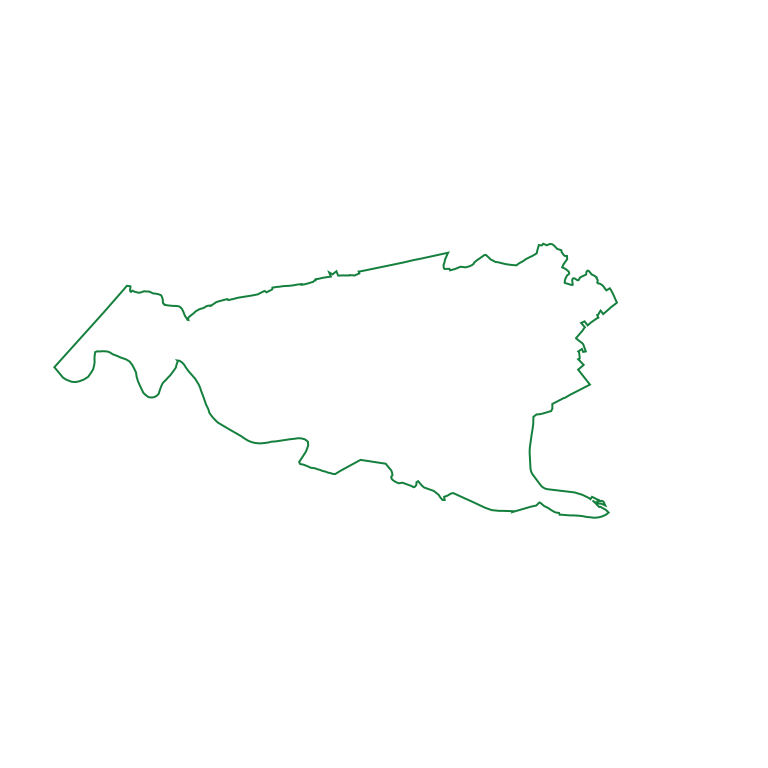 Amatitlán, Veracruz, Mexico (Robinson projection), rotated 137°
{"feature_id": "50627088B91579254282686", "entity_name": "Amatitlán", "entity_type": "district", "adm_level": 2, "iso_a3": "MEX", "parent_name": "Mexico", "parent_adm1": "Veracruz", "projection": "robinson", "projection_center": [-95.694, 18.438], "detail": "fine", "context": "isolated", "style": "outline", "palette": "green", "viewbox_px": 768, "rotation_deg": 137, "n_neighbors": 0, "source": "geoboundaries", "source_scale": "gbopen_adm2", "svg_char_len": 6166}
<svg xmlns="http://www.w3.org/2000/svg" viewBox="0 0 768 768"><g transform="rotate(137 384 384)"><path d="M153.6,300.0L157.5,300.8L157.3,303.9L157.1,304.1L156.9,307.2L157.6,309.8L158.1,310.8L158.8,311.5L158.9,312.7L156.9,314.1L156.1,317.2L155.8,317.2L156.3,319.8L157.4,322.3L157.1,326.7L157.6,327.9L157.8,328.1L159.1,328.1L161.6,326.2L167.7,328.2L168.6,328.0L170.7,327.3L171.5,327.6L172.1,329.0L172.3,330.4L172.7,331.4L173.6,332.3L174.5,332.2L175.5,331.7L177.0,329.6L178.3,327.9L179.0,328.1L180.3,330.2L180.7,331.0L182.8,334.5L182.7,334.9L182.3,335.4L181.1,336.3L179.6,337.3L175.9,338.6L174.5,338.3L173.9,338.3L173.1,338.5L172.2,340.4L172.3,340.9L172.8,344.4L174.1,347.8L171.1,349.1L166.3,350.1L165.0,350.3L162.9,352.8L164.4,354.3L164.6,356.3L164.1,359.4L163.1,360.9L165.2,364.7L165.2,369.6L165.8,371.7L167.3,373.4L170.3,374.4L171.9,378.0L174.0,377.7L176.0,380.0L180.8,377.1L183.2,375.4L188.3,376.5L190.0,377.1L195.2,378.6L198.0,378.9L203.1,380.2L206.1,380.4L209.3,383.8L213.2,388.6L217.8,395.6L219.2,397.1L220.5,401.0L221.1,402.4L221.1,404.5L221.4,408.7L222.4,409.8L224.5,410.1L229.8,410.8L231.2,411.1L235.2,411.3L236.2,410.8L238.4,410.9L241.9,412.1L243.0,412.7L244.9,413.8L248.1,417.6L253.5,419.6L258.1,422.0L257.6,423.6L261.3,426.9L261.0,428.3L259.4,430.3L256.0,432.2L254.5,433.4L248.9,435.8L247.6,436.3L272.7,451.2L277.6,454.3L287.2,459.8L299.4,467.2L323.2,481.7L325.8,483.5L326.6,481.7L331.5,483.4L332.5,484.5L332.9,485.1L333.8,485.8L334.8,487.1L335.4,487.1L340.4,491.8L343.6,494.5L341.9,498.9L346.9,499.3L348.0,503.0L349.6,498.8L356.6,503.6L359.7,505.3L362.6,507.3L363.0,507.3L363.4,506.5L364.5,507.0L366.4,507.1L368.0,508.0L370.6,509.2L374.7,511.4L376.6,512.9L376.1,513.2L379.2,515.6L383.2,518.1L386.9,520.9L391.1,524.4L395.0,527.1L396.3,528.3L397.7,529.0L398.2,529.5L398.7,529.7L399.2,530.2L399.9,530.6L401.3,529.4L407.4,531.2L407.5,532.0L408.0,533.6L413.9,535.3L414.4,535.3L415.4,535.8L419.2,538.1L432.0,546.7L436.3,549.0L439.5,550.9L440.7,551.7L440.7,553.0L448.7,557.3L451.0,558.3L457.2,559.2L457.8,559.5L457.6,559.9L457.8,560.0L459.1,561.1L460.8,562.0L464.1,562.6L466.3,563.8L468.3,564.7L469.9,565.0L471.1,565.4L472.9,565.6L474.3,565.5L480.5,566.0L482.5,565.8L483.4,564.2L484.0,565.1L483.6,566.2L483.1,569.6L482.6,570.9L481.5,573.6L480.5,576.9L480.5,577.9L480.7,579.7L481.1,580.8L482.5,582.5L485.4,585.4L488.3,588.7L489.4,590.1L490.0,591.1L490.5,591.4L490.5,591.9L490.3,592.3L490.5,592.7L490.5,593.7L489.8,594.8L489.0,595.6L487.7,597.5L486.6,600.4L486.6,601.2L487.4,602.9L488.4,604.5L490.3,606.9L491.0,607.6L491.3,608.2L491.8,609.8L492.3,610.7L492.7,611.8L493.7,612.7L496.3,615.5L499.1,616.7L499.5,617.0L501.2,618.0L503.6,621.8L504.3,623.8L505.2,624.0L506.2,623.9L506.3,624.7L505.7,625.9L503.0,628.1L502.9,628.6L505.1,631.2L509.1,630.7L540.3,627.5L612.6,621.2L613.6,621.1L614.4,607.7L613.5,604.0L612.3,601.5L611.0,598.8L609.1,596.6L607.1,595.0L604.3,593.5L600.3,591.9L595.5,591.0L589.9,592.2L586.6,593.2L583.3,595.3L580.7,597.4L577.8,600.7L576.0,602.3L573.4,604.3L571.4,603.5L570.2,602.1L567.0,599.5L565.1,597.5L563.9,596.0L562.9,593.9L562.1,590.7L559.9,586.3L558.9,583.7L555.8,577.8L554.7,573.8L555.1,569.8L556.1,566.0L557.5,561.5L559.8,558.3L562.0,553.9L563.6,549.4L566.0,541.7L565.9,538.7L565.2,535.0L563.3,532.7L561.0,531.1L558.5,530.4L555.5,530.5L552.9,532.0L550.2,533.4L548.2,534.4L545.1,535.6L541.5,535.7L537.7,536.0L534.6,536.1L528.9,537.1L525.0,538.0L522.6,539.6L519.3,541.3L519.2,542.2L518.9,541.8L518.5,541.4L517.7,540.4L517.0,537.4L517.0,534.3L517.6,531.5L518.0,528.3L518.2,526.9L518.5,516.8L519.7,510.8L520.1,509.2L521.1,506.5L522.4,503.8L525.3,496.7L528.0,490.8L529.7,485.3L531.4,481.9L532.0,476.9L532.0,471.7L531.7,468.7L528.5,457.7L524.0,443.1L523.2,439.4L522.1,435.4L520.6,432.0L518.4,428.7L515.5,425.4L512.4,422.9L508.5,420.1L505.7,418.6L502.1,415.7L490.4,407.7L486.4,404.7L484.0,403.1L481.6,400.7L479.5,397.2L479.0,393.6L481.4,390.7L483.9,389.4L487.5,387.7L499.3,384.8L499.9,382.7L497.9,379.9L496.0,376.0L494.7,372.7L492.0,369.5L490.8,367.0L489.3,364.7L488.3,362.4L486.6,359.9L485.4,357.4L483.7,355.0L482.8,353.2L481.1,351.4L475.4,350.3L452.9,344.5L437.1,324.5L437.4,320.8L437.6,315.9L438.6,313.5L440.2,311.4L441.8,311.3L443.0,309.8L443.1,307.8L442.6,305.5L441.8,303.2L440.8,301.2L439.5,300.4L437.8,299.2L433.4,290.5L432.8,288.4L431.6,287.8L429.2,288.1L427.2,290.0L425.3,289.7L425.6,284.2L425.3,281.1L420.5,271.8L419.6,265.6L420.1,263.1L420.3,259.5L418.8,257.8L416.9,260.5L413.9,259.1L409.7,258.2L407.7,256.9L403.3,246.2L400.3,239.1L394.4,224.4L391.2,218.3L386.7,213.1L382.1,208.7L376.2,202.8L377.1,202.6L359.7,193.8L355.6,191.3L351.2,191.4L350.8,190.5L350.5,189.2L350.3,187.0L350.0,185.2L349.1,183.0L348.4,181.0L347.9,178.6L346.9,174.9L345.9,172.7L343.9,170.3L344.7,168.6L343.0,167.0L340.4,164.1L337.8,161.3L334.4,158.0L330.8,154.2L328.4,151.3L326.2,148.2L323.9,145.7L321.2,142.5L317.8,140.0L315.2,138.6L312.4,137.5L309.8,136.9L307.4,136.8L307.6,140.9L308.8,144.3L309.4,146.4L310.5,147.3L310.6,151.3L310.6,153.8L311.0,156.6L310.6,154.5L310.2,153.3L308.7,150.5L307.5,149.0L307.0,148.9L305.0,144.3L304.6,145.6L303.8,147.9L304.0,149.3L304.6,150.2L305.4,150.8L306.8,151.7L308.1,152.6L307.4,153.0L306.2,153.1L306.8,154.2L308.8,159.6L311.6,159.0L311.7,160.2L311.9,160.9L314.4,167.5L318.7,174.9L335.8,195.1L337.0,196.7L337.5,197.7L337.8,198.4L338.2,200.0L338.4,200.8L338.5,202.6L337.0,216.5L336.5,218.5L336.1,219.6L334.9,221.8L334.5,222.3L324.1,234.7L321.0,237.8L311.3,245.7L307.4,248.7L302.2,252.9L297.1,258.1L293.2,257.7L290.3,255.4L287.4,253.8L280.2,250.2L277.6,251.2L274.5,254.6L262.0,251.1L261.0,250.4L259.8,250.2L256.0,249.4L233.8,243.1L233.5,246.8L232.2,262.1L226.4,261.8L224.9,261.8L225.1,269.7L223.5,269.2L222.5,270.3L219.6,274.3L219.7,275.3L215.4,274.6L216.5,271.7L214.2,270.2L211.3,277.0L211.2,277.9L211.2,278.8L212.0,283.4L212.4,286.4L212.3,286.6L211.9,286.6L206.8,287.2L202.7,287.6L199.4,288.4L198.4,288.5L198.3,289.5L198.3,290.9L198.2,294.2L194.6,293.0L195.1,288.0L193.0,287.9L190.4,287.8L183.5,286.8L182.0,286.3L181.1,289.0L180.0,288.6L176.8,289.7L175.5,289.9L176.0,285.6L165.1,285.3L159.4,284.7L158.1,284.7L157.1,287.9L155.8,291.5L154.9,294.4L154.0,297.6L153.6,300.0Z" fill="none" stroke="#15803d" stroke-width="2"/></g></svg>